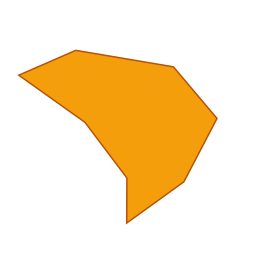 outline of Mauren, rotated 162°
{"feature_id": "LIE-4900", "entity_name": "Mauren", "entity_type": "state/province", "adm_level": 1, "iso_a3": "LIE", "parent_name": "Liechtenstein", "parent_adm1": "", "projection": "mercator", "projection_center": [9.538, 47.223], "detail": "fine", "context": "isolated", "style": "filled", "palette": "amber", "viewbox_px": 256, "rotation_deg": 162, "n_neighbors": 0, "source": "natural_earth", "source_scale": "10m", "svg_char_len": 272}
<svg xmlns="http://www.w3.org/2000/svg" viewBox="0 0 256 256"><g transform="rotate(162 128 128)"><path d="M158.6,38.0L144.5,80.8L167.2,146.7L215.6,212.0L153.7,218.0L65.9,172.1L40.4,109.6L91.4,59.6L158.6,38.0Z" fill="#f59e0b" stroke="#b45309" stroke-width="1.5"/></g></svg>